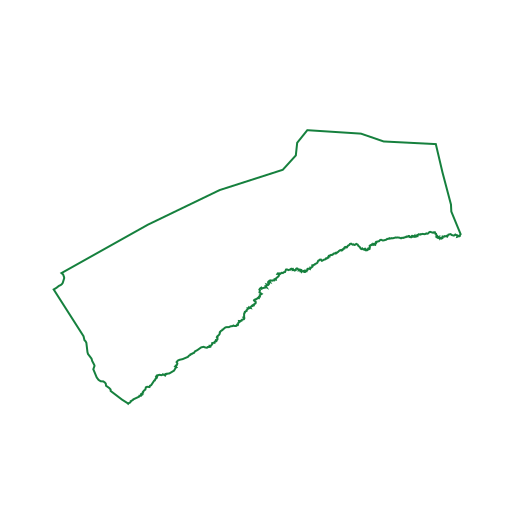 the district of Oichili-Dimani, Andjazîdja, Comoros, rotated 74°
{"feature_id": "10938185B16841428111903", "entity_name": "Oichili-Dimani", "entity_type": "district", "adm_level": 2, "iso_a3": "COM", "parent_name": "Comoros", "parent_adm1": "Andjazîdja", "projection": "equal_earth", "projection_center": [43.406, -11.657], "detail": "fine", "context": "isolated", "style": "outline", "palette": "green", "viewbox_px": 512, "rotation_deg": 74, "n_neighbors": 0, "source": "geoboundaries", "source_scale": "gbopen_adm2", "svg_char_len": 6082}
<svg xmlns="http://www.w3.org/2000/svg" viewBox="0 0 512 512"><g transform="rotate(74 256 256)"><path d="M198.0,52.3L181.1,101.7L167.3,121.4L149.2,172.0L158.5,185.2L170.3,190.0L180.5,206.5L182.6,272.8L196.1,351.3L218.8,447.7L220.6,446.5L223.6,446.3L224.6,446.6L228.6,449.2L229.6,450.5L230.1,451.8L230.4,453.7L231.6,456.6L232.4,459.7L285.6,443.9L289.6,444.1L291.1,443.3L292.7,443.0L301.9,444.5L303.9,444.5L309.3,442.4L311.7,442.4L316.1,441.5L317.1,441.5L320.0,443.6L328.8,442.6L331.7,441.5L333.6,439.8L334.5,437.3L335.9,436.2L337.2,435.6L339.4,435.9L342.4,433.5L344.2,432.6L345.7,432.9L357.1,424.4L362.3,419.8L362.8,419.6L362.3,418.8L362.2,417.6L361.3,416.3L361.0,416.3L360.5,414.1L360.0,413.5L359.0,407.2L358.2,406.6L358.6,405.3L358.3,405.2L358.0,404.1L357.6,404.7L357.1,404.6L356.3,402.2L355.5,402.2L354.4,400.6L353.9,399.2L351.9,398.1L351.7,396.7L352.6,394.5L351.5,393.7L351.3,392.4L347.7,388.2L347.7,387.5L346.6,386.8L345.9,385.1L345.2,384.6L345.0,385.4L344.6,385.5L343.5,384.3L343.6,381.5L344.5,379.8L344.4,378.5L344.1,378.1L345.7,376.4L344.6,375.9L344.5,375.4L344.5,375.0L345.0,375.0L344.7,373.6L345.0,371.7L343.6,366.4L341.2,363.9L341.1,363.3L340.1,364.0L340.0,363.3L339.2,363.3L339.0,362.2L338.0,361.4L337.5,361.2L336.1,361.6L335.0,360.0L334.7,358.2L334.9,354.9L334.2,349.2L333.4,348.1L332.9,346.2L332.5,346.1L332.3,344.7L332.4,344.1L332.1,343.8L332.0,342.2L330.9,341.1L330.3,338.3L328.7,333.8L328.9,331.3L329.7,330.4L330.6,328.6L330.6,327.9L330.2,327.5L330.6,325.7L330.1,325.6L330.3,325.1L329.6,325.1L329.9,324.2L328.7,322.4L327.7,322.2L327.7,320.2L328.0,319.8L327.1,319.3L327.0,317.9L326.2,318.1L325.8,317.8L326.2,317.1L325.6,316.1L324.9,315.8L323.3,316.1L323.0,315.8L323.0,315.2L322.5,315.2L321.5,313.1L320.7,312.3L320.0,312.2L319.5,311.6L319.1,311.6L318.4,310.4L318.0,308.9L317.5,308.5L317.6,308.1L316.4,305.7L316.2,304.3L316.9,301.6L316.6,299.9L316.9,297.8L316.6,296.9L317.2,296.3L317.8,294.5L317.2,293.7L317.4,293.1L316.9,292.9L317.2,292.4L315.2,291.3L315.0,290.2L313.8,290.2L314.3,288.8L314.0,288.5L314.2,287.7L313.4,287.0L313.4,285.0L312.5,284.3L311.6,284.8L311.6,284.3L308.4,283.4L307.7,283.0L307.4,282.3L306.6,282.1L306.2,280.2L305.6,280.1L304.7,278.5L303.9,278.5L304.1,277.6L303.4,276.9L304.2,276.4L304.0,276.1L304.4,275.5L303.9,275.6L303.2,274.6L303.0,273.8L303.2,273.1L302.7,272.3L302.9,271.7L302.6,271.5L302.2,272.1L301.4,269.5L300.2,268.9L298.2,270.2L297.8,269.9L297.7,268.9L297.4,268.5L297.7,267.6L296.9,266.1L297.3,264.9L296.8,264.8L296.6,265.2L296.0,264.4L296.1,263.4L294.7,263.2L294.0,261.0L292.0,262.7L290.1,261.7L289.2,262.0L288.4,261.1L287.9,259.7L289.0,259.5L288.7,258.4L288.9,255.7L288.0,255.4L288.7,254.7L288.0,254.9L287.1,254.2L287.4,253.9L286.9,253.1L286.6,253.2L287.2,252.3L286.9,251.8L286.3,252.2L286.0,251.1L284.5,251.6L284.1,251.2L284.1,250.2L284.4,249.9L283.6,250.1L283.4,249.7L283.5,248.5L284.2,247.3L284.0,246.8L284.5,245.2L283.4,244.7L283.4,244.4L283.8,244.3L284.2,243.4L283.2,243.3L281.7,239.9L280.0,238.7L279.5,238.7L279.1,240.3L278.7,239.9L279.4,237.5L279.6,238.0L280.0,238.0L279.2,235.9L279.8,234.9L279.3,233.9L279.4,232.5L277.3,230.9L277.4,230.0L278.5,228.7L278.4,227.3L278.6,227.0L278.0,226.0L278.0,225.3L278.3,224.8L279.3,224.8L279.0,224.1L279.7,224.1L279.9,223.5L280.6,223.0L280.6,221.8L280.0,221.7L279.2,220.6L279.2,220.2L279.5,219.6L280.4,219.3L280.9,218.3L281.6,218.8L281.7,217.7L281.3,217.3L281.8,216.5L283.0,217.3L283.3,216.5L283.7,216.5L283.3,215.8L284.0,214.6L284.7,214.0L284.9,213.2L284.7,212.6L284.0,213.0L284.3,212.2L283.7,212.3L284.1,211.0L283.9,210.6L283.5,210.3L282.8,210.3L282.5,209.8L282.9,208.3L283.4,207.7L282.2,207.1L282.6,206.6L281.7,204.5L280.5,204.5L280.5,202.1L280.1,201.8L279.7,199.6L279.4,198.9L277.7,197.5L277.7,196.7L277.1,195.9L277.3,194.6L278.7,194.2L278.8,193.8L278.3,191.8L278.3,190.2L277.6,189.4L277.9,188.9L277.6,188.7L277.6,187.9L277.0,187.1L277.3,186.8L276.1,186.1L276.6,185.4L275.9,185.1L275.6,183.7L276.0,182.8L275.7,182.3L275.8,181.8L275.1,180.8L275.1,180.2L275.4,179.4L275.0,178.8L275.6,178.4L275.5,178.0L275.1,178.1L274.7,175.9L274.1,175.0L273.6,173.5L273.7,172.5L274.2,172.5L274.4,172.1L274.1,171.1L273.4,170.7L273.2,169.0L272.3,168.8L271.9,167.8L272.1,166.8L272.7,166.8L272.8,166.3L271.4,164.7L271.1,163.2L270.3,162.3L270.3,161.7L270.4,161.1L271.7,160.1L271.7,159.0L272.5,158.5L272.5,157.5L272.0,156.3L273.1,155.1L274.3,154.9L275.9,153.8L277.8,153.3L278.4,152.7L278.0,151.8L278.9,151.4L279.4,150.6L279.2,150.2L279.7,150.1L279.3,149.0L279.7,148.9L280.1,149.3L280.9,148.8L281.1,147.3L280.9,147.0L279.5,147.1L280.6,146.4L280.6,145.4L279.8,145.4L280.1,144.7L278.7,144.0L277.6,144.0L277.4,143.7L277.1,142.6L277.4,141.9L276.8,141.3L277.2,140.8L276.8,140.7L276.8,140.3L277.5,140.1L277.5,139.3L276.9,139.4L277.1,139.0L277.8,139.0L278.1,138.4L277.2,138.1L276.9,137.8L277.0,137.3L276.4,136.7L276.1,137.3L275.7,137.0L275.5,136.6L275.7,133.7L274.8,132.1L275.0,131.1L276.0,129.9L276.2,128.9L276.2,126.2L275.7,125.2L275.9,124.8L275.8,123.7L276.1,123.4L275.7,122.7L276.4,121.6L276.2,120.7L276.7,119.7L276.7,116.6L277.0,116.2L277.1,115.1L277.9,113.1L279.0,111.7L278.7,110.6L279.2,109.6L279.0,109.1L279.2,108.7L279.0,107.5L279.2,106.9L278.9,106.5L279.1,106.0L278.8,105.5L279.2,104.9L278.8,103.8L279.0,103.3L280.0,103.2L280.0,102.7L280.8,101.8L280.5,101.1L280.0,101.2L279.6,100.4L280.2,99.3L280.8,99.5L280.9,98.7L280.4,98.0L281.3,98.1L281.5,97.0L281.2,96.7L281.4,95.6L280.5,95.8L280.2,94.6L280.4,93.9L280.0,93.5L280.7,92.1L280.4,91.6L280.7,90.9L280.6,90.0L281.5,87.9L281.5,86.6L281.2,86.1L281.8,85.2L281.8,84.5L280.9,82.9L280.8,82.0L282.5,79.3L282.2,78.5L282.5,77.5L283.9,77.5L284.3,76.8L285.7,76.9L286.3,76.4L287.2,76.7L287.4,77.3L288.3,76.6L287.9,76.0L287.9,75.4L288.5,76.1L289.6,74.8L289.4,74.3L289.9,74.3L289.5,73.7L290.1,73.2L289.7,72.5L290.3,72.5L290.2,71.8L288.7,71.2L289.3,69.9L288.9,69.2L289.5,67.9L289.2,67.4L290.0,66.8L288.5,65.2L288.6,62.9L289.8,62.1L290.9,60.2L290.8,59.4L290.3,58.5L291.3,57.5L291.6,56.8L292.3,56.7L293.0,57.2L293.0,56.7L292.4,55.9L293.1,55.0L293.0,54.6L292.3,54.3L291.4,53.3L267.1,56.0L260.3,54.4L227.0,53.7L198.0,52.3Z" fill="none" stroke="#15803d" stroke-width="2"/></g></svg>